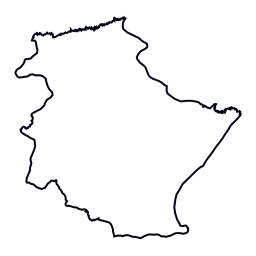 Hoon, Oudômxai, Laos
{"feature_id": "54806243B15680017307326", "entity_name": "Hoon", "entity_type": "district", "adm_level": 2, "iso_a3": "LAO", "parent_name": "Laos", "parent_adm1": "Oudômxai", "projection": "albers", "projection_center": [101.419, 20.096], "detail": "fine", "context": "isolated", "style": "outline", "palette": "ink", "viewbox_px": 256, "rotation_deg": 0, "n_neighbors": 0, "source": "geoboundaries", "source_scale": "gbopen_adm2", "svg_char_len": 5609}
<svg xmlns="http://www.w3.org/2000/svg" viewBox="0 0 256 256"><path d="M125.5,18.6L124.9,18.0L124.7,19.2L124.1,19.0L123.6,19.4L123.0,17.9L122.7,18.4L121.4,18.3L120.7,19.0L120.5,19.7L120.2,19.7L120.1,19.1L119.7,19.1L119.3,19.8L118.7,19.6L118.3,20.1L118.1,20.0L118.1,19.2L117.7,19.0L117.0,20.1L116.1,20.1L115.9,19.8L116.3,19.4L116.2,19.0L115.2,19.0L115.0,18.1L114.3,17.8L114.0,18.5L114.3,19.5L113.7,20.2L113.9,20.7L113.3,20.4L112.3,21.2L111.6,22.5L110.1,22.3L109.4,22.8L109.1,22.4L108.0,23.8L107.7,23.6L107.3,24.0L107.2,23.7L107.7,23.4L107.2,23.2L106.8,23.5L106.7,24.2L106.0,24.1L105.1,24.5L104.3,24.2L104.1,25.3L103.3,25.0L102.6,25.7L102.1,25.4L102.5,24.7L102.3,24.3L101.3,24.1L100.1,24.9L99.0,26.2L98.8,26.6L99.2,26.9L99.0,27.3L98.3,27.3L98.1,27.9L97.4,28.0L96.9,28.6L96.3,28.4L96.2,28.0L96.9,27.2L96.5,26.7L95.8,27.4L95.0,27.0L95.0,28.0L94.3,27.6L94.2,27.8L94.4,28.3L94.1,28.4L93.4,28.0L93.2,28.2L93.3,28.6L94.8,29.6L94.1,30.4L93.5,29.4L92.6,29.0L92.8,28.3L91.9,28.3L91.5,27.6L91.0,28.3L91.5,29.3L91.3,29.4L90.5,28.6L90.5,27.9L90.1,27.5L89.6,27.4L89.4,27.8L88.8,27.8L88.5,28.5L88.0,28.8L87.4,27.8L86.3,27.9L86.4,27.5L86.0,27.0L85.7,27.5L86.0,28.3L85.7,28.5L85.6,29.8L84.9,29.8L85.1,29.3L84.8,29.0L84.2,29.6L82.5,29.2L81.9,29.5L81.9,30.2L81.5,30.6L80.7,29.1L80.1,28.9L79.9,29.8L79.5,29.7L79.6,29.2L79.3,29.0L78.7,29.7L78.6,30.4L77.8,30.0L77.3,31.1L76.9,31.0L76.7,30.3L76.0,30.0L76.1,31.0L74.6,30.4L74.6,31.1L74.3,31.2L72.2,30.8L71.2,29.7L71.4,30.7L70.6,31.8L69.4,31.3L66.9,33.0L65.2,32.5L63.6,33.8L60.9,33.6L60.1,34.4L60.2,34.7L60.8,34.7L60.8,35.0L60.3,35.1L59.5,34.5L55.8,36.7L53.3,37.5L52.9,36.4L52.8,34.3L52.4,34.0L51.8,34.2L51.9,33.6L51.4,33.0L51.0,33.3L51.2,33.6L50.7,34.4L50.1,33.4L49.8,33.3L49.3,33.7L47.8,33.6L47.1,32.7L45.6,34.3L44.1,34.5L43.1,35.5L42.0,35.1L41.1,33.8L39.8,34.2L40.0,33.2L39.7,33.1L38.7,34.0L37.4,33.2L37.2,34.5L36.1,33.5L34.5,34.5L33.1,36.6L33.6,37.5L32.5,38.6L31.9,40.5L33.3,40.7L34.3,40.5L35.1,40.8L35.9,42.3L37.0,48.6L37.5,49.7L37.0,53.1L32.7,56.3L31.1,58.2L28.8,59.0L26.1,59.1L24.8,59.8L24.5,61.5L23.7,63.4L20.8,67.1L16.7,69.9L15.4,72.4L15.8,74.0L17.2,76.3L19.1,77.6L26.9,76.5L28.6,75.9L30.0,74.7L32.5,74.3L35.4,75.3L40.3,75.3L42.6,76.2L45.2,78.1L46.0,79.5L46.2,81.5L47.7,86.2L49.5,89.5L51.4,91.4L52.3,92.9L52.5,95.3L50.2,97.9L47.8,99.1L46.8,100.1L45.0,103.1L44.7,104.3L43.7,106.1L40.7,109.0L33.1,112.9L32.1,113.7L31.5,114.9L31.5,115.5L31.8,115.9L31.8,116.5L32.7,117.0L32.8,118.6L32.3,120.1L31.5,120.8L32.0,121.1L32.5,122.6L31.9,123.8L30.5,125.0L30.2,125.0L30.1,126.3L28.2,127.1L27.9,128.1L26.5,128.7L26.1,128.2L25.4,128.1L25.5,127.5L23.7,126.7L22.2,127.5L21.9,128.5L21.1,129.1L21.1,129.8L20.6,129.9L20.8,131.3L22.2,133.0L25.9,135.3L28.4,136.5L29.9,137.7L34.4,139.8L35.2,145.7L34.5,148.8L32.2,154.6L30.5,158.2L30.7,160.6L31.4,163.2L29.9,168.3L30.1,170.0L26.7,178.3L26.4,181.5L27.0,182.6L29.2,182.6L30.7,183.8L33.4,184.3L36.6,187.2L38.2,187.6L38.9,188.3L41.8,188.9L45.0,187.9L47.8,183.6L49.9,182.1L51.0,180.8L51.7,180.6L54.1,181.1L55.4,180.4L56.3,180.3L56.5,180.7L56.2,182.2L56.7,184.1L57.5,184.9L58.9,187.2L59.7,189.1L60.7,189.9L61.2,191.0L61.9,191.6L62.0,192.7L64.4,194.7L65.6,196.9L65.7,199.7L67.1,201.3L66.0,202.7L65.6,203.6L65.5,204.4L66.0,205.4L67.2,205.9L68.2,205.8L71.1,206.3L73.4,207.2L76.4,207.5L77.3,207.8L77.9,208.5L81.7,209.7L83.1,209.7L83.7,209.2L86.1,209.8L86.2,211.1L85.7,211.5L86.2,211.8L87.3,211.3L87.9,212.2L88.1,212.6L87.7,213.1L87.9,214.7L88.8,215.5L88.6,216.7L88.9,217.5L90.1,219.5L91.0,219.8L91.7,220.6L92.7,220.5L93.5,219.7L94.0,220.2L95.1,219.9L98.6,218.3L98.6,219.4L99.1,219.8L108.2,222.1L109.9,223.0L111.2,224.7L112.7,228.5L113.1,231.7L114.3,236.5L115.8,235.9L117.3,235.9L117.9,235.4L119.3,235.7L120.7,235.5L121.6,236.1L122.4,236.2L125.7,235.2L127.3,235.2L128.5,235.3L132.6,236.8L135.6,236.9L140.5,238.2L145.5,235.6L149.0,234.4L153.7,234.7L156.6,234.4L158.9,234.8L161.4,236.4L164.5,236.4L165.7,236.8L170.1,235.8L174.9,233.5L176.8,233.1L180.1,233.1L183.5,233.8L185.2,233.3L186.5,232.8L187.7,231.8L188.3,229.6L187.9,229.0L188.0,227.9L187.6,227.7L186.4,225.8L185.9,225.6L185.2,225.5L182.2,226.2L181.1,225.9L180.0,225.2L179.7,224.0L177.2,219.7L175.1,213.1L174.3,207.2L175.4,198.9L176.8,193.9L178.8,190.9L182.6,184.1L196.7,170.3L201.0,166.7L202.8,166.3L206.7,159.8L212.7,151.8L215.6,147.4L222.0,139.2L224.9,134.5L227.9,130.3L230.9,125.2L236.8,119.4L240.4,115.2L239.8,114.6L240.6,113.7L240.0,113.1L240.2,111.6L239.6,111.1L238.9,111.7L237.1,111.7L236.9,111.3L237.0,110.2L236.3,109.8L236.1,109.2L235.1,109.4L234.6,108.2L232.6,108.4L231.8,107.3L231.4,107.2L229.9,107.9L231.0,108.3L230.6,109.5L230.3,109.5L229.1,108.9L228.7,109.0L228.1,108.5L226.9,108.9L225.8,108.9L225.9,110.6L225.5,110.8L224.6,110.3L224.5,110.8L224.9,112.6L224.5,112.7L223.4,112.0L222.3,113.1L221.8,113.0L221.2,112.7L222.3,112.2L222.1,111.0L221.2,111.1L220.4,112.4L219.4,111.8L218.6,111.8L218.1,111.0L217.0,110.8L217.6,112.0L215.7,111.1L214.4,109.5L214.3,108.2L215.1,108.0L215.3,107.6L214.7,106.3L215.4,105.5L215.4,104.8L215.9,104.5L216.1,104.1L215.8,104.0L215.0,104.3L214.4,104.1L213.5,105.2L209.9,108.4L208.5,107.7L207.5,107.6L205.3,106.1L203.2,106.8L203.1,106.4L203.9,105.6L203.8,105.4L203.4,105.5L201.7,104.3L200.7,104.2L198.5,102.2L194.6,101.3L190.4,100.8L186.2,100.8L181.2,101.4L180.2,101.2L174.8,98.9L170.0,95.5L167.6,93.5L166.6,90.6L166.8,86.1L164.4,84.9L162.0,82.8L159.1,81.1L152.8,78.7L149.9,76.9L148.7,75.5L145.4,67.3L143.5,65.3L140.2,62.9L137.3,59.2L136.8,57.3L137.8,55.0L139.2,53.0L141.0,51.1L145.0,48.9L147.2,47.3L147.3,45.5L146.7,43.6L142.1,41.0L138.6,37.9L127.2,32.4L123.2,28.8L122.8,27.6L122.9,24.0L123.5,21.3L125.5,18.6Z" fill="none" stroke="#020617" stroke-width="2"/></svg>